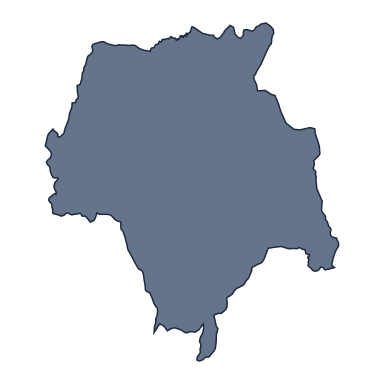 Okere, Eastern, Ghana (Equal Earth projection)
{"feature_id": "2480657B59311092791004", "entity_name": "Okere", "entity_type": "district", "adm_level": 2, "iso_a3": "GHA", "parent_name": "Ghana", "parent_adm1": "Eastern", "projection": "equal_earth", "projection_center": [-0.101, 6.04], "detail": "fine", "context": "isolated", "style": "filled", "palette": "slate", "viewbox_px": 384, "rotation_deg": 0, "n_neighbors": 0, "source": "geoboundaries", "source_scale": "gbopen_adm2", "svg_char_len": 5801}
<svg xmlns="http://www.w3.org/2000/svg" viewBox="0 0 384 384"><path d="M338.4,242.4L337.4,240.7L336.4,238.0L332.4,237.2L330.7,235.4L330.2,232.8L331.0,229.3L330.2,227.8L328.6,226.4L328.2,224.7L327.3,221.7L326.5,220.6L325.5,219.5L325.4,219.0L325.4,218.6L325.6,217.5L325.6,217.0L325.4,216.3L324.5,214.9L323.2,213.5L321.5,210.5L321.9,204.0L322.0,203.6L321.9,202.7L322.0,202.0L322.3,201.2L322.2,201.0L321.9,200.7L316.8,188.7L315.9,179.3L316.2,178.1L316.2,177.5L316.1,176.7L315.6,174.3L315.6,172.9L315.7,172.3L315.9,171.9L313.2,168.6L314.4,164.1L313.7,160.7L315.4,159.1L316.4,157.8L318.3,156.2L319.1,155.2L319.9,153.9L319.3,146.3L318.0,141.6L315.2,133.4L314.7,128.7L309.9,127.6L300.1,129.9L293.9,129.3L286.0,123.1L280.8,111.5L278.4,103.7L274.9,95.4L271.8,94.7L265.2,90.4L257.5,90.9L256.6,84.9L254.3,79.9L254.0,78.9L253.8,78.2L253.7,77.2L253.8,76.4L254.0,75.8L254.5,75.3L255.3,74.6L255.6,74.3L256.2,72.1L261.2,63.8L267.8,48.7L268.2,48.3L269.6,45.5L270.9,44.2L271.2,43.7L271.7,40.4L271.6,38.7L272.2,37.2L272.5,35.3L273.6,33.8L273.4,29.5L270.1,25.8L265.9,23.0L260.7,24.2L258.3,26.3L256.5,26.5L254.2,30.0L252.3,31.2L247.0,29.6L244.0,29.9L243.3,32.2L243.3,35.4L240.8,38.4L237.7,37.2L234.9,33.7L234.4,31.0L233.5,27.3L230.0,25.4L229.7,26.2L228.6,26.8L224.6,30.9L224.1,31.8L223.7,32.9L219.9,37.7L217.1,38.8L214.4,37.1L214.1,36.8L213.5,35.3L210.1,35.2L202.4,33.3L194.6,27.8L192.1,26.7L191.2,28.7L191.1,29.8L190.7,30.5L190.6,31.1L189.9,32.3L188.3,33.3L187.7,34.6L187.4,34.6L186.7,33.3L186.3,33.2L186.1,33.5L186.2,33.8L186.1,35.3L186.5,35.5L186.5,36.1L185.9,36.1L185.5,35.7L185.3,35.8L184.7,35.1L183.8,35.7L183.7,35.9L183.9,36.2L183.7,36.8L183.3,37.3L183.1,37.0L182.8,36.1L182.5,35.9L182.2,36.1L182.3,36.9L182.0,37.0L181.8,36.8L181.2,35.8L180.9,35.6L180.5,35.7L180.2,36.1L180.1,36.5L180.2,37.0L179.3,38.3L179.0,39.2L178.8,39.0L178.5,39.0L178.0,38.6L177.6,39.0L177.6,39.4L177.2,39.9L176.7,40.3L176.3,40.3L175.9,39.7L176.0,38.9L175.4,38.2L173.1,38.0L172.3,37.7L172.2,37.3L171.9,37.3L171.1,36.7L170.5,36.9L170.4,37.6L170.2,37.9L169.9,38.1L169.1,38.2L168.6,38.8L167.9,38.5L163.8,39.6L163.5,39.3L162.2,39.7L161.7,40.3L161.6,41.0L161.2,41.8L160.8,42.0L160.5,42.0L159.6,41.3L159.2,41.4L158.9,41.9L158.5,43.8L158.2,44.1L157.9,44.0L155.8,44.6L155.2,45.3L154.8,46.4L154.4,47.1L153.7,47.7L153.1,47.8L151.9,47.9L151.4,48.2L150.7,49.4L150.3,51.3L143.1,50.1L142.2,49.6L141.0,49.2L139.2,48.4L135.4,45.6L133.0,45.1L129.0,45.4L123.1,45.0L120.3,45.0L119.0,44.7L115.5,45.8L110.6,44.5L108.8,44.2L106.9,43.5L104.0,41.8L102.2,41.7L100.5,42.0L94.7,43.7L92.9,44.4L91.9,46.7L92.8,50.5L91.9,52.8L91.0,53.5L90.4,54.4L89.9,54.8L88.5,55.6L88.0,56.2L87.6,56.9L86.1,62.0L86.0,63.9L84.0,67.3L83.7,70.7L82.3,73.3L82.0,78.1L80.5,83.0L80.3,84.0L80.1,84.4L79.2,84.9L77.9,85.2L77.2,85.6L77.4,91.6L78.1,95.3L78.1,98.2L76.1,99.9L75.9,100.7L75.8,102.5L72.1,102.9L71.9,107.2L69.5,113.5L68.9,118.2L67.3,123.0L65.3,127.9L63.8,133.4L59.6,137.3L57.6,136.3L57.8,135.7L57.9,135.0L57.8,134.3L57.5,133.7L56.9,132.8L54.0,130.7L53.0,129.0L49.1,133.2L48.5,134.0L47.8,135.3L45.3,146.0L46.4,146.9L49.5,150.3L51.6,153.4L50.7,157.2L49.2,158.9L47.7,160.1L46.7,161.8L46.4,162.6L47.6,164.7L49.2,166.3L50.1,168.0L50.1,170.1L50.7,172.5L51.6,175.0L53.1,177.5L55.3,178.0L57.7,177.6L58.0,178.8L56.5,180.9L54.9,182.5L54.3,184.6L54.0,186.2L54.0,186.6L54.6,189.1L56.1,192.0L56.1,194.1L54.6,193.7L51.8,195.7L49.1,198.2L48.7,200.3L49.7,201.9L51.8,204.0L51.8,206.1L52.7,209.8L52.7,211.9L53.0,213.5L56.1,214.4L58.2,214.8L61.0,216.1L64.0,215.3L66.2,213.2L68.3,213.2L69.9,214.1L72.0,214.9L74.5,214.1L76.9,214.1L79.4,213.3L80.9,213.7L81.8,215.8L83.1,216.2L85.2,216.2L87.0,217.9L88.9,220.4L90.4,222.1L94.1,220.4L95.6,217.1L96.9,213.0L99.6,214.3L106.4,214.3L109.8,214.7L112.2,216.4L114.7,219.3L117.4,221.0L118.6,221.4L120.8,221.9L120.8,226.0L121.1,229.3L122.9,231.0L124.1,234.7L125.3,238.0L126.2,242.2L127.1,244.7L127.4,247.6L128.3,250.5L129.9,253.0L136.0,264.6L137.5,267.1L139.0,269.2L141.5,270.4L142.7,272.1L143.6,275.4L144.2,280.4L145.1,285.3L145.4,289.9L146.9,291.6L149.7,292.8L151.5,296.6L153.9,303.2L155.7,306.5L157.3,307.8L157.6,310.7L157.2,315.6L155.7,318.9L155.7,322.7L154.4,327.2L154.1,332.6L159.6,323.9L162.8,325.3L165.0,327.3L166.2,329.3L167.4,330.9L170.4,329.0L172.8,328.0L175.5,328.0L181.2,330.0L185.3,332.7L187.8,332.7L189.0,331.8L192.7,331.8L195.2,332.1L199.1,329.5L200.6,327.5L202.1,325.2L203.3,323.9L203.5,325.2L203.5,327.9L203.3,331.2L201.8,334.8L200.6,336.8L199.8,339.4L199.6,341.8L200.8,344.1L200.8,346.1L200.0,350.0L200.5,352.0L199.3,354.3L197.8,356.0L197.0,358.0L197.0,360.0L199.2,361.0L202.4,360.0L205.9,357.0L208.8,357.1L213.3,351.8L215.2,348.8L215.7,345.8L216.2,341.2L216.3,336.6L216.5,333.3L217.3,331.6L217.8,328.3L216.3,326.3L213.9,315.4L215.6,314.4L218.1,313.4L221.3,313.4L224.0,311.1L225.7,309.5L226.9,307.2L227.2,302.6L226.7,299.9L227.2,297.3L229.7,296.0L232.4,294.0L234.1,291.0L236.6,288.4L239.0,287.4L243.7,284.8L245.9,281.2L248.7,277.9L251.6,271.0L251.9,267.6L255.1,265.7L262.0,262.4L264.2,258.8L268.2,248.2L270.9,247.9L273.6,247.3L281.0,246.5L282.4,246.8L288.4,248.7L291.0,248.7L293.1,248.3L295.5,248.7L297.0,248.7L298.0,248.3L299.2,247.5L299.4,247.5L300.1,247.8L301.9,249.0L304.1,249.7L305.0,249.7L305.3,250.1L305.5,252.2L305.9,253.5L307.8,254.5L308.3,254.7L309.3,254.4L309.4,254.6L309.4,255.7L309.2,256.3L308.2,256.6L307.9,256.9L307.8,257.3L307.9,258.1L308.5,258.9L308.9,259.9L308.3,261.6L308.5,263.4L308.1,264.9L308.0,265.2L308.2,265.8L309.4,266.8L311.1,268.3L312.3,270.0L313.2,270.7L314.2,271.0L316.1,271.1L317.4,270.7L318.6,270.0L319.2,269.4L320.5,267.4L320.8,267.1L321.1,267.0L323.0,267.6L323.4,267.9L324.4,269.3L324.9,269.7L325.5,269.9L327.1,269.4L328.2,269.3L334.5,267.5L331.7,265.2L333.1,258.1L335.0,252.7L336.7,248.9L337.6,247.8L337.9,247.4L338.4,245.6L338.7,245.3L338.5,244.1L338.4,242.4Z" fill="#64748b" stroke="#1e293b" stroke-width="1.5"/></svg>